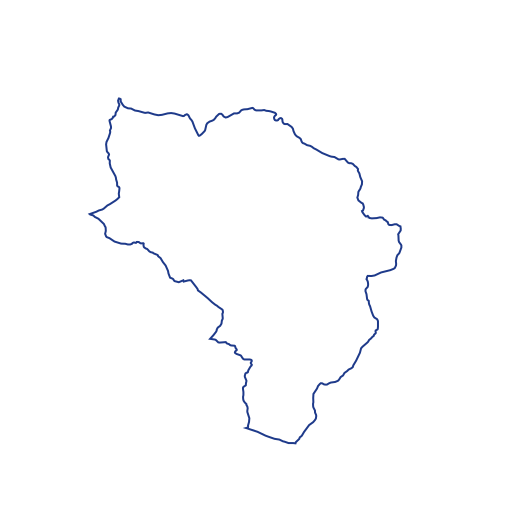 Betéitiva, Boyacá, Colombia, rotated 253°
{"feature_id": "7082276B99729391048733", "entity_name": "Betéitiva", "entity_type": "district", "adm_level": 2, "iso_a3": "COL", "parent_name": "Colombia", "parent_adm1": "Boyacá", "projection": "orthographic", "projection_center": [-72.847, 5.922], "detail": "fine", "context": "isolated", "style": "outline", "palette": "blue", "viewbox_px": 512, "rotation_deg": 253, "n_neighbors": 0, "source": "geoboundaries", "source_scale": "gbopen_adm2", "svg_char_len": 6133}
<svg xmlns="http://www.w3.org/2000/svg" viewBox="0 0 512 512"><g transform="rotate(253 256 256)"><path d="M323.0,369.2L323.5,367.4L323.8,364.3L324.3,363.1L327.7,360.0L329.0,357.1L330.0,355.6L335.1,349.4L340.1,344.9L342.2,342.7L344.1,341.4L345.5,340.0L347.1,337.2L349.3,335.2L350.2,333.9L351.0,333.4L352.1,333.1L354.7,333.0L356.3,332.1L358.4,330.1L359.8,329.3L361.2,328.8L364.4,328.4L367.0,328.5L369.0,327.8L373.0,324.7L373.7,322.2L374.4,321.3L375.9,320.7L377.0,320.7L378.9,321.1L379.6,321.0L380.5,320.3L380.7,319.8L380.7,319.0L380.2,317.6L379.5,316.8L379.4,316.1L379.7,314.8L380.5,313.8L381.9,313.5L383.4,313.8L384.5,315.0L385.1,316.4L385.5,316.7L386.1,316.7L387.4,316.0L389.9,312.4L390.8,310.8L391.9,308.2L393.2,306.5L393.7,303.5L395.2,298.7L396.3,297.4L398.0,296.6L398.5,296.2L398.7,295.8L398.9,290.8L399.7,287.4L399.8,285.6L399.6,284.4L398.0,281.8L397.9,279.7L398.8,276.7L397.2,269.5L397.3,267.5L398.6,266.1L399.5,265.6L400.7,265.3L402.1,264.4L402.6,262.9L402.6,262.1L400.9,258.7L399.6,257.2L398.5,255.3L398.2,253.5L398.1,250.9L397.2,248.2L396.0,246.9L391.3,244.2L390.5,243.4L388.6,240.0L387.7,237.8L387.6,236.6L388.3,236.2L396.0,234.9L403.2,234.5L405.2,233.9L406.8,233.1L410.3,232.5L411.5,231.7L411.8,231.1L411.7,230.6L411.6,229.4L411.0,228.1L411.1,227.1L416.0,219.8L417.5,216.7L418.2,213.3L418.5,207.3L419.2,203.7L421.1,200.2L424.8,194.8L425.2,192.1L425.6,191.2L429.0,185.9L430.5,182.8L433.5,179.7L434.7,176.7L437.4,173.7L439.5,172.8L443.3,171.8L445.5,172.4L446.4,171.6L446.7,170.9L444.8,169.5L442.8,169.3L441.0,169.6L439.9,169.2L438.3,167.7L436.8,166.9L436.1,166.3L434.2,163.8L431.9,162.8L430.9,161.2L431.0,160.1L430.2,159.7L429.1,158.0L428.9,155.9L428.6,155.6L427.7,155.4L422.4,155.2L420.8,154.8L418.7,153.0L417.3,152.9L416.0,152.2L412.0,149.4L408.8,146.4L406.6,145.3L399.8,144.0L399.0,144.2L397.3,145.0L396.3,145.2L395.9,145.1L394.1,143.6L393.5,143.3L391.9,143.2L390.8,143.9L390.0,144.1L387.3,143.2L383.1,142.9L373.5,144.9L371.8,144.9L370.1,144.6L366.8,144.6L364.0,143.8L363.1,144.0L362.2,145.0L361.4,145.3L360.6,145.2L358.0,144.1L355.7,143.0L352.2,142.4L351.0,140.1L350.1,137.8L348.3,131.4L347.8,128.7L345.8,124.2L345.4,122.5L345.5,119.1L345.0,116.2L344.7,109.2L344.2,109.5L342.3,112.3L340.5,113.3L337.7,116.2L331.1,119.9L328.7,120.2L327.7,120.5L327.1,120.5L323.9,119.7L321.3,118.2L318.5,118.4L317.7,118.8L315.9,121.1L311.2,124.9L307.3,130.6L305.9,134.6L304.5,136.8L303.8,139.0L303.9,140.9L304.5,141.7L304.6,142.4L304.6,143.3L303.7,144.9L303.7,145.3L304.3,146.0L304.2,146.5L303.6,148.0L302.6,148.7L301.7,149.6L301.2,151.9L300.8,152.2L300.5,152.2L300.0,151.8L298.9,151.5L297.6,151.4L296.9,151.6L295.3,152.9L294.7,153.8L293.9,154.3L291.7,155.3L291.0,155.9L290.4,156.5L289.4,158.3L288.6,158.7L285.8,162.1L285.2,162.4L284.6,162.3L284.0,162.6L281.9,164.1L277.4,165.2L273.3,166.8L267.4,167.5L264.9,167.2L260.4,167.5L258.8,169.5L258.0,170.1L256.6,170.4L255.8,170.8L253.5,174.5L254.0,179.4L252.7,179.4L252.5,183.8L252.2,185.6L251.7,186.7L243.3,189.9L241.3,190.5L240.1,190.4L237.1,192.7L229.8,197.5L224.6,200.5L221.3,202.8L219.8,204.2L218.3,205.1L214.9,207.9L214.1,208.3L212.8,208.2L211.5,207.8L210.5,206.9L206.2,206.0L205.3,205.5L204.3,204.5L201.4,203.2L199.7,201.3L198.7,198.5L197.2,197.0L196.1,196.5L195.1,195.5L192.7,192.1L190.2,187.9L188.1,192.3L187.5,193.0L184.4,194.7L183.8,196.0L182.5,201.9L181.0,202.5L179.5,204.5L178.6,205.0L177.8,205.9L176.5,209.2L176.0,209.6L173.9,209.6L172.3,210.2L171.7,210.1L170.8,208.2L169.9,207.6L169.3,207.7L168.0,208.8L165.5,212.2L164.8,212.6L162.8,213.1L161.1,213.8L160.4,214.7L158.9,219.7L158.2,220.9L157.7,221.3L157.0,221.3L156.3,220.9L155.6,219.9L155.1,219.7L154.7,219.7L153.3,220.2L152.6,219.8L152.3,219.1L151.5,218.0L148.9,215.2L147.2,214.2L147.0,213.5L147.2,212.8L146.7,211.5L144.6,210.2L143.6,210.0L139.6,210.4L138.6,210.0L137.7,209.4L135.3,208.4L134.5,205.7L133.9,205.1L132.8,204.7L129.6,204.2L126.7,203.3L125.0,202.4L122.8,201.9L121.3,201.8L119.3,202.4L117.2,203.5L116.3,203.3L114.5,203.7L112.8,203.5L110.2,202.3L109.1,202.1L102.8,202.2L99.3,200.8L96.2,198.8L94.9,198.5L94.4,198.2L94.4,196.2L87.4,206.1L81.4,212.6L79.8,214.7L75.8,220.2L73.6,224.7L70.9,227.6L70.1,229.0L67.6,232.4L66.3,236.7L65.3,239.0L66.3,239.6L68.4,243.8L69.8,244.9L70.5,246.9L71.3,247.9L73.7,250.5L78.8,257.4L80.4,262.1L81.8,264.3L83.0,265.7L85.3,266.8L86.4,267.0L89.0,266.7L91.0,267.2L94.4,266.6L95.5,266.7L97.9,267.3L99.4,268.1L103.5,269.2L107.3,270.6L111.4,275.6L113.5,277.3L115.0,279.7L115.4,280.8L114.8,282.2L113.5,283.3L112.8,284.5L112.3,286.3L112.9,288.6L113.1,290.5L112.4,294.9L112.7,297.9L113.5,299.3L115.5,301.6L116.3,304.3L118.3,306.4L119.4,309.7L120.3,311.3L120.8,314.5L121.5,316.1L123.0,317.1L126.6,321.1L133.1,327.1L137.0,329.5L138.1,331.3L140.6,337.0L141.2,338.1L142.7,339.7L143.4,341.6L144.7,343.8L145.1,345.1L146.3,346.0L147.1,347.8L147.9,348.2L149.2,348.3L149.8,348.7L150.2,350.6L150.6,351.1L152.8,352.0L157.7,353.5L158.7,353.6L160.2,353.3L162.6,351.2L164.7,350.6L169.2,350.3L174.7,350.4L176.4,350.1L178.0,350.2L180.1,350.7L181.6,349.7L182.5,349.7L187.2,350.5L190.2,350.4L191.6,350.8L192.3,351.3L193.8,353.8L195.0,354.5L196.3,355.0L198.5,355.4L200.1,355.3L201.6,354.9L202.4,355.6L203.4,356.0L204.3,357.0L203.1,360.6L202.7,363.8L203.7,370.8L203.2,380.3L203.5,383.9L204.0,385.3L206.0,387.1L207.4,387.7L210.3,388.3L213.4,389.9L215.4,391.4L216.6,393.5L217.1,394.1L221.6,397.5L223.6,398.1L224.4,398.0L227.5,396.9L229.0,396.9L234.0,398.2L235.2,398.3L238.1,401.8L239.7,402.4L242.1,402.8L242.9,401.7L245.2,399.8L245.8,397.9L245.9,394.8L246.6,392.8L247.1,392.2L247.7,391.9L249.6,391.9L250.2,391.8L250.8,391.1L252.2,390.4L253.4,389.1L255.3,388.5L255.7,388.2L256.7,385.9L257.0,382.4L258.1,377.8L259.1,375.8L259.9,375.2L260.0,374.9L260.8,375.0L261.7,374.6L261.5,373.1L261.7,372.6L263.5,371.7L266.7,370.6L268.0,370.5L268.3,371.7L270.4,373.2L271.3,373.5L273.6,373.6L275.1,373.4L276.0,372.4L279.2,370.2L282.2,370.0L284.5,371.5L287.3,372.6L288.7,374.0L289.0,374.6L290.2,375.7L291.5,376.5L293.5,378.2L296.4,379.3L301.1,378.8L304.7,379.0L307.4,378.4L308.1,378.4L309.3,379.0L311.8,378.0L313.2,376.8L315.8,375.5L316.9,374.1L317.5,372.3L318.5,371.2L323.0,369.2Z" fill="none" stroke="#1e3a8a" stroke-width="2"/></g></svg>